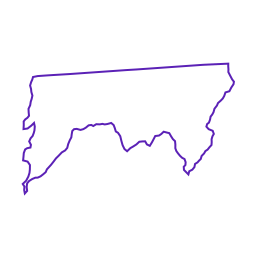 Ibatiba, Espírito Santo, Brazil, rotated 356°
{"feature_id": "56859067B8858770824272", "entity_name": "Ibatiba", "entity_type": "district", "adm_level": 2, "iso_a3": "BRA", "parent_name": "Brazil", "parent_adm1": "Espírito Santo", "projection": "robinson", "projection_center": [-41.564, -20.272], "detail": "fine", "context": "isolated", "style": "outline", "palette": "violet", "viewbox_px": 256, "rotation_deg": 356, "n_neighbors": 0, "source": "geoboundaries", "source_scale": "gbopen_adm2", "svg_char_len": 2229}
<svg xmlns="http://www.w3.org/2000/svg" viewBox="0 0 256 256"><g transform="rotate(356 128 128)"><path d="M36.8,70.5L35.9,73.0L34.6,75.4L33.3,78.8L34.0,82.3L34.1,85.3L34.9,89.0L33.9,92.3L32.8,95.0L32.0,98.5L30.1,101.9L30.0,105.3L30.1,108.9L28.4,110.8L26.0,112.3L24.4,114.2L24.2,117.9L23.7,121.8L27.8,121.5L31.7,118.9L34.6,116.4L35.1,120.0L34.5,123.9L33.6,126.5L32.3,129.3L30.1,131.5L28.5,134.5L30.0,138.0L29.3,140.7L26.0,141.1L23.9,142.2L22.3,145.7L21.7,149.6L21.1,153.0L25.5,154.5L27.6,158.1L27.2,162.6L26.6,165.9L25.2,169.5L22.7,173.5L19.1,176.5L20.6,179.2L20.1,182.6L20.5,186.1L23.0,183.7L22.8,179.8L23.5,176.2L25.6,174.0L28.9,172.2L32.1,171.1L34.5,171.2L37.4,170.1L40.1,168.3L42.8,166.3L44.2,163.6L46.3,161.6L48.7,159.3L51.6,156.1L54.0,153.3L56.8,150.9L60.3,147.7L63.7,146.0L66.0,143.6L67.2,139.9L69.1,136.1L70.8,133.4L71.4,130.4L72.2,127.1L74.1,125.4L76.8,125.3L80.5,126.6L83.4,126.0L86.0,124.7L88.9,122.6L91.6,122.4L93.5,123.6L96.6,122.0L100.1,122.4L102.8,122.1L105.0,122.8L107.6,122.6L111.6,121.8L113.9,124.1L114.8,127.1L115.6,130.6L117.7,132.1L119.7,135.6L120.5,140.4L121.4,144.7L123.0,148.7L125.5,151.1L129.0,148.2L131.7,146.9L135.2,145.0L138.3,142.5L141.4,142.4L144.2,142.5L145.7,145.7L148.5,147.3L151.0,143.8L153.1,140.4L154.6,137.9L158.4,137.7L160.8,136.3L163.3,134.2L166.6,135.3L168.8,136.0L170.4,139.3L172.0,142.2L174.0,144.4L174.1,147.7L173.8,151.5L174.6,154.3L176.0,156.6L177.9,159.3L179.9,161.5L182.2,162.9L183.1,166.1L182.7,168.9L180.9,170.6L180.9,173.7L183.3,176.5L185.0,178.5L186.1,175.4L189.2,174.1L191.5,171.7L192.4,168.5L194.9,167.2L196.6,165.5L198.4,164.0L199.5,161.0L202.1,158.7L203.6,156.4L205.9,155.1L207.8,153.0L210.1,150.8L210.5,148.0L210.6,145.0L211.7,142.1L213.2,139.9L212.3,136.7L208.4,134.8L206.3,132.1L207.2,129.6L209.1,128.3L210.4,125.4L211.2,122.4L213.0,120.4L214.4,118.2L215.6,114.8L218.3,111.8L219.5,109.4L222.5,107.1L224.6,105.2L226.2,102.8L227.7,99.3L231.7,98.4L233.9,94.8L236.3,91.7L236.9,89.2L235.3,86.8L233.8,83.4L232.0,79.2L232.3,76.4L232.3,73.4L232.5,70.8L207.4,70.2L204.5,70.2L187.7,70.2L183.4,70.2L178.9,70.2L165.5,70.2L141.1,70.2L130.0,70.1L106.2,70.1L91.1,70.1L86.7,70.1L73.3,70.1L52.8,69.9L50.4,69.9L41.5,69.9L36.8,70.5Z" fill="none" stroke="#5b21b6" stroke-width="2"/></g></svg>